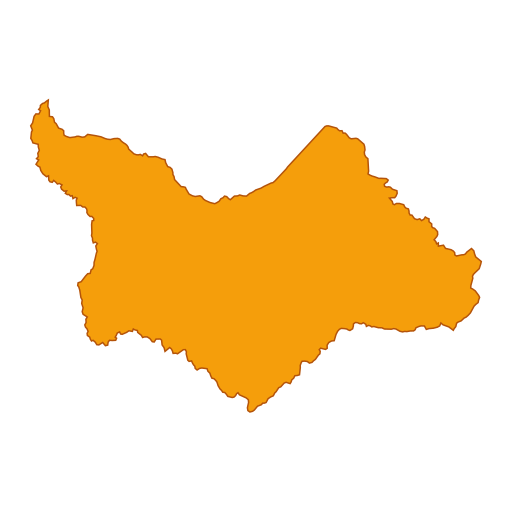 outline of Araguapaz, Goiás, Brazil
{"feature_id": "56859067B52575065331829", "entity_name": "Araguapaz", "entity_type": "district", "adm_level": 2, "iso_a3": "BRA", "parent_name": "Brazil", "parent_adm1": "Goiás", "projection": "natural_earth1", "projection_center": [-50.464, -15.136], "detail": "fine", "context": "isolated", "style": "filled", "palette": "amber", "viewbox_px": 512, "rotation_deg": 0, "n_neighbors": 0, "source": "geoboundaries", "source_scale": "gbopen_adm2", "svg_char_len": 5997}
<svg xmlns="http://www.w3.org/2000/svg" viewBox="0 0 512 512"><path d="M325.0,126.5L287.5,167.1L286.5,168.6L284.6,170.7L275.0,180.9L272.9,182.7L271.2,183.0L264.0,186.4L261.1,188.1L255.7,190.0L253.8,191.4L251.6,192.7L249.7,193.4L246.5,196.1L243.1,195.9L239.7,195.0L237.6,195.9L234.4,196.1L230.3,199.7L228.7,198.7L226.7,196.6L224.5,196.1L223.1,197.7L220.9,198.7L219.2,201.2L216.8,202.7L214.8,203.7L210.0,202.5L205.5,200.5L203.6,199.2L201.7,196.7L199.9,195.8L195.2,196.5L192.4,195.8L189.0,194.0L186.1,189.1L185.4,187.4L183.8,186.9L181.1,186.6L174.6,179.6L174.0,176.5L172.9,174.5L172.9,172.6L171.9,169.1L170.1,167.4L167.7,166.6L165.7,162.7L165.0,159.6L162.1,159.0L158.0,157.2L155.2,156.5L153.3,156.8L148.4,156.8L145.6,153.4L143.6,154.0L142.6,155.8L140.3,154.4L138.2,154.9L136.3,154.7L134.0,153.9L128.7,149.1L128.1,147.1L127.0,145.4L125.6,144.1L123.2,142.6L121.3,141.1L119.7,139.1L117.7,138.4L114.0,138.6L110.4,139.5L107.4,139.2L105.0,138.5L101.0,136.8L95.7,135.7L87.7,134.4L84.7,136.9L82.2,137.2L78.8,136.3L76.8,136.3L75.2,136.9L69.8,137.6L66.0,136.3L64.1,135.2L63.7,133.2L63.7,130.8L62.1,129.3L58.6,128.1L56.2,123.7L54.5,122.2L53.8,118.7L52.5,116.8L49.4,116.4L49.3,110.0L47.8,106.5L48.3,100.0L46.7,101.0L44.4,102.9L42.5,103.5L40.4,105.4L40.3,107.4L38.7,109.5L40.6,110.7L38.9,114.0L35.9,113.9L34.1,116.3L32.6,122.9L30.7,125.8L32.4,130.1L31.5,132.0L30.8,138.4L32.1,140.6L32.9,142.9L38.2,144.3L38.3,146.9L39.3,150.4L37.8,153.3L38.3,156.6L36.5,158.7L38.7,159.9L36.0,164.3L38.1,166.2L39.9,167.1L40.8,170.5L42.9,173.8L46.5,176.7L48.5,175.8L48.8,180.1L50.0,181.8L52.3,182.3L53.7,180.4L55.8,182.2L57.4,184.0L59.4,183.5L62.0,184.9L60.7,187.0L61.6,189.2L64.1,191.2L66.6,190.9L65.3,193.3L67.3,194.6L68.9,194.5L70.5,196.1L72.2,195.7L73.0,198.6L75.1,197.3L77.1,198.2L76.3,200.1L76.4,202.5L76.7,205.5L80.7,205.4L82.8,207.0L84.9,207.0L86.5,208.7L87.0,210.4L86.9,212.6L88.0,214.5L90.1,216.5L91.8,216.4L93.7,218.4L93.7,220.5L92.1,220.8L91.6,224.5L91.9,233.2L91.5,235.6L92.5,238.2L92.5,240.1L93.3,242.9L95.5,242.1L97.4,243.6L95.8,246.0L96.4,249.1L97.1,251.3L96.4,253.1L95.0,259.3L94.1,262.3L94.0,265.5L92.7,268.8L91.1,269.8L90.2,273.4L87.7,273.7L85.5,276.1L81.2,281.7L78.1,282.8L77.7,285.5L78.8,287.0L79.8,290.3L80.9,297.5L82.2,300.0L81.7,303.5L83.1,307.8L82.2,311.7L83.1,314.3L87.3,317.0L85.9,319.2L86.1,322.5L84.8,324.9L85.5,327.1L87.0,328.8L88.1,331.4L87.1,333.4L87.4,335.5L89.7,337.1L90.4,339.3L91.5,341.0L93.1,340.3L95.3,342.2L96.8,344.7L98.9,344.9L102.7,342.5L105.4,345.7L107.7,345.1L108.1,342.2L109.5,340.3L112.2,340.5L115.7,340.3L116.6,338.2L115.2,337.2L116.3,335.3L117.3,333.0L119.6,331.9L120.6,334.0L122.2,334.3L126.6,332.4L128.9,330.8L132.4,331.4L133.3,329.0L134.9,329.9L137.4,330.5L137.7,332.4L141.3,335.3L142.6,337.5L144.5,336.9L147.2,336.9L149.9,338.6L152.3,341.7L154.2,342.0L156.0,339.1L160.3,339.0L161.6,340.2L162.1,344.9L164.1,347.7L165.0,351.4L169.7,347.5L171.3,348.9L172.4,350.9L173.1,353.4L175.9,353.2L177.5,353.8L183.3,349.7L185.4,349.6L186.4,351.8L186.2,353.8L187.8,360.2L189.1,361.4L191.6,360.9L192.4,362.9L193.5,364.8L194.8,366.2L195.2,368.4L197.1,370.0L199.6,368.4L201.8,368.0L207.1,368.7L207.9,371.2L209.9,373.2L210.7,375.7L211.9,378.2L214.0,378.7L215.8,380.5L217.0,382.2L218.1,385.7L220.0,388.9L221.6,390.5L222.7,392.2L224.8,392.5L226.4,394.3L227.8,396.4L232.2,397.5L234.0,397.1L235.6,395.6L236.6,393.7L238.0,392.7L239.4,394.8L246.2,397.9L248.3,399.7L248.6,402.4L247.4,407.8L247.9,410.6L249.9,412.0L252.6,411.3L254.4,410.0L257.5,406.2L261.4,404.7L262.6,403.2L264.5,403.1L266.1,402.5L268.1,398.7L270.6,397.0L273.3,395.8L274.7,393.0L276.1,391.7L278.7,387.7L280.8,386.8L284.1,383.1L286.1,382.3L290.1,383.6L291.1,382.0L291.8,379.8L293.6,378.3L294.9,375.7L297.2,375.5L299.5,374.8L300.3,367.5L300.2,365.5L301.0,363.2L302.0,361.3L304.5,361.1L307.3,361.5L309.4,363.1L312.0,362.4L313.5,360.8L315.4,359.4L318.4,355.1L319.9,353.8L320.2,351.2L319.2,349.7L320.6,348.2L325.6,349.4L327.2,348.3L327.1,345.2L328.8,342.5L331.5,341.0L334.2,340.7L336.0,334.5L337.6,331.3L339.4,329.3L341.2,328.4L344.3,328.6L346.8,329.0L348.2,329.9L349.9,330.5L352.6,328.8L353.3,326.2L353.5,323.8L355.4,322.5L357.6,322.7L359.5,323.6L361.5,323.8L363.3,322.7L365.8,324.3L366.4,326.4L368.3,325.4L370.2,325.8L371.7,326.9L373.9,326.5L378.3,327.7L381.9,327.8L384.4,329.0L391.4,329.2L393.7,328.6L395.9,329.0L400.0,331.3L402.6,331.9L404.7,331.4L406.8,331.6L410.1,331.0L413.6,330.9L415.2,329.7L415.9,327.8L418.8,326.5L421.0,325.9L424.4,326.0L426.3,329.4L429.0,328.6L433.4,328.2L437.3,327.2L439.7,325.9L440.9,323.0L443.0,324.8L448.8,326.9L453.3,330.3L454.2,328.6L455.8,326.6L456.6,323.2L458.2,322.0L461.1,320.9L464.2,318.0L466.0,317.2L468.1,315.4L470.4,312.9L474.1,306.1L475.9,304.3L478.1,302.6L478.6,300.1L479.6,297.4L478.7,295.5L475.3,290.9L472.8,289.1L470.7,288.0L470.9,285.4L472.8,278.3L472.5,276.2L473.4,274.4L474.7,273.0L479.2,268.7L480.7,264.1L481.3,261.5L475.7,256.9L474.6,254.0L473.8,250.8L471.5,248.5L466.8,252.1L465.4,254.0L463.8,254.7L461.4,254.9L456.5,256.0L454.8,254.9L454.7,252.7L453.4,251.1L451.1,249.7L445.5,248.4L443.5,245.2L438.4,246.1L438.3,243.0L436.6,243.8L435.8,241.5L434.1,239.8L436.9,236.4L437.7,234.6L437.5,231.6L434.6,228.3L432.9,227.8L431.7,226.6L431.7,223.9L429.0,221.7L429.0,218.8L427.2,218.2L425.3,217.0L423.9,219.2L421.6,220.6L419.8,218.8L417.1,219.6L414.5,218.7L411.9,215.1L410.2,215.1L409.1,213.1L409.0,211.0L408.4,208.9L406.1,208.2L404.8,207.0L403.7,204.7L399.5,203.5L396.4,203.5L394.4,204.7L392.9,203.9L392.3,201.5L389.4,198.1L392.3,197.7L394.7,197.7L396.0,196.1L397.2,193.3L396.9,190.7L392.4,189.2L390.4,187.2L388.7,186.8L386.7,187.1L384.6,186.3L384.2,184.3L385.5,183.0L387.2,182.0L388.2,180.1L386.3,178.6L380.9,178.3L378.9,178.4L374.7,176.8L372.2,176.1L369.7,175.0L368.0,173.9L368.6,171.2L367.9,158.7L365.8,156.9L364.6,154.7L364.3,152.1L365.0,149.9L364.6,146.4L363.9,144.2L357.7,138.8L356.0,138.3L351.2,138.8L349.2,137.8L346.5,134.3L345.1,133.1L343.1,133.1L342.0,130.7L339.6,130.8L338.1,129.7L336.7,128.1L328.7,125.9L326.7,125.9L325.0,126.5Z" fill="#f59e0b" stroke="#b45309" stroke-width="1.5"/></svg>